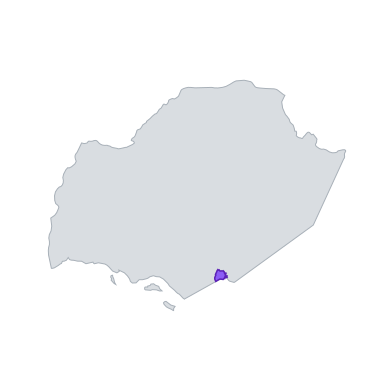 Mwanga, Kilimanjaro, United Republic of Tanzania shown in context, rotated 115°
{"feature_id": "72390352B15719315121224", "entity_name": "Mwanga", "entity_type": "district", "adm_level": 2, "iso_a3": "TZA", "parent_name": "United Republic of Tanzania", "parent_adm1": "Kilimanjaro", "projection": "albers", "projection_center": [37.536, -3.684], "detail": "fine", "context": "in_parent", "style": "filled", "palette": "violet", "viewbox_px": 384, "rotation_deg": 115, "n_neighbors": 0, "source": "geoboundaries", "source_scale": "gbopen_adm2", "svg_char_len": 5740}
<svg xmlns="http://www.w3.org/2000/svg" viewBox="0 0 384 384"><g transform="rotate(115 192 192)"><path d="M147.1,263.0L143.3,261.1L139.9,259.9L137.1,258.6L135.9,257.3L133.2,256.8L131.0,256.6L128.9,255.4L124.6,255.0L124.1,254.2L124.0,252.4L123.2,251.9L121.7,251.5L120.0,251.5L119.0,251.8L118.3,251.7L116.9,250.6L115.6,249.3L115.1,247.2L113.1,245.8L110.9,244.7L104.5,244.9L103.5,244.6L102.0,243.5L100.3,241.7L98.8,239.7L97.6,236.9L96.3,233.2L88.9,218.4L88.1,215.5L86.7,212.4L84.3,208.6L81.9,205.8L78.5,203.2L74.7,200.7L72.7,199.0L68.7,192.0L67.9,188.7L67.2,185.3L67.5,183.9L69.9,179.5L70.1,178.2L69.8,176.6L68.6,173.1L67.0,168.8L63.8,161.1L63.4,159.2L63.4,157.7L65.2,149.8L65.1,148.7L72.4,148.8L77.7,145.3L82.3,140.1L83.2,138.0L85.0,134.7L86.9,133.0L87.6,131.9L88.6,128.6L91.0,126.3L93.4,124.6L92.9,123.4L93.2,122.9L94.5,122.0L97.0,121.2L97.5,119.5L97.5,117.5L97.1,116.4L97.1,115.2L96.7,114.5L95.1,114.3L92.6,113.4L90.6,113.0L89.2,112.4L88.7,112.0L88.4,110.8L89.6,107.8L88.4,106.6L90.9,101.6L91.4,101.0L92.3,100.9L93.8,100.3L95.1,100.1L96.2,100.3L97.0,100.0L97.7,99.5L98.3,97.8L98.8,94.9L98.5,92.6L97.5,90.9L97.1,88.2L97.6,84.5L97.2,81.5L96.0,79.1L94.8,77.6L93.0,77.0L90.1,73.3L89.2,71.5L89.4,70.4L90.3,69.9L92.2,70.1L93.9,69.6L95.5,68.6L97.1,68.3L97.9,68.5L170.7,68.1L255.8,115.3L256.2,115.9L256.9,120.0L256.7,121.3L255.4,123.7L255.0,124.9L255.0,125.8L255.3,126.1L256.4,126.2L257.4,126.8L257.7,127.2L258.5,129.0L259.4,129.9L291.6,153.2L292.3,153.6L291.9,155.5L290.0,160.2L289.9,162.2L289.2,164.5L288.5,166.1L286.7,172.7L285.1,175.2L283.0,181.0L282.6,185.5L283.8,188.6L284.2,191.6L286.7,194.4L288.7,195.5L290.0,196.8L292.4,199.8L293.8,202.8L298.0,204.3L299.7,207.6L299.1,210.0L297.1,211.9L295.3,215.0L293.8,219.1L293.7,225.3L294.7,224.4L297.0,225.9L297.2,230.5L294.9,235.9L294.2,238.4L294.1,240.5L295.7,246.9L298.3,250.2L298.1,251.2L297.4,252.1L301.8,257.8L301.4,262.8L303.1,266.7L303.8,270.1L304.8,272.7L305.0,274.5L303.7,276.5L306.9,277.0L308.7,278.6L309.6,280.2L311.9,280.1L313.2,281.2L315.0,282.1L318.9,284.7L320.0,286.0L320.6,287.2L309.7,295.4L305.7,297.5L302.9,298.5L299.9,299.0L297.1,300.3L294.3,302.3L290.9,303.3L286.7,303.3L282.2,304.7L275.3,309.0L271.2,306.6L268.0,305.9L264.4,306.0L262.2,306.2L261.4,306.8L260.7,308.2L260.1,310.6L257.7,312.8L253.5,315.0L249.6,315.8L246.0,315.3L243.6,314.4L242.4,313.1L240.5,312.5L238.1,312.6L235.8,313.5L233.5,315.2L230.0,315.9L225.1,315.7L222.5,314.9L222.1,313.5L220.0,311.8L216.0,310.0L213.1,309.9L211.3,311.7L209.6,312.9L208.1,313.4L206.7,313.4L204.7,312.9L199.3,312.8L194.2,312.8L193.7,310.2L192.6,308.6L191.7,307.7L189.9,307.4L189.4,306.7L188.8,305.0L187.9,303.6L186.8,302.5L186.1,301.4L185.8,300.4L186.0,299.3L187.1,296.6L187.4,294.8L187.3,292.9L186.7,290.9L185.5,288.6L185.6,288.0L185.2,286.4L185.1,285.3L185.4,283.9L185.1,282.1L184.1,278.2L184.1,277.2L183.0,275.4L179.5,270.9L179.4,270.4L174.0,265.9L171.9,264.9L171.1,265.8L170.8,266.6L171.0,268.0L170.9,268.7L170.7,269.0L169.4,269.0L168.6,268.8L166.6,267.6L165.0,267.3L161.1,267.6L159.7,267.9L158.7,267.6L156.6,265.5L154.1,265.1L152.0,265.0L148.3,262.7L147.1,263.0ZM298.6,188.0L300.4,192.9L300.1,193.8L298.9,194.4L298.2,194.4L297.5,193.6L296.9,192.0L296.0,192.4L294.4,190.4L292.8,190.3L291.4,187.9L291.9,185.8L291.6,182.3L293.3,180.5L294.3,177.4L295.4,179.5L295.7,182.8L297.2,186.6L298.6,188.0ZM307.2,158.6L307.3,159.7L307.0,160.8L307.1,164.3L306.9,166.7L305.6,169.9L304.5,171.0L303.5,170.7L302.7,170.2L302.1,169.3L303.4,163.4L302.8,159.0L305.3,159.4L307.2,158.6ZM303.5,229.7L302.2,230.0L301.7,229.7L301.0,228.8L302.3,228.0L303.6,226.4L306.6,224.0L308.0,222.1L307.8,224.0L306.1,228.0L304.6,228.2L303.5,229.7Z" fill="#d9dde1" stroke="#a8b0b8" stroke-width="1"/><path d="M251.7,127.8L251.6,128.0L251.4,128.2L251.4,128.3L251.3,128.5L251.2,128.6L251.0,128.8L250.9,128.9L250.8,129.0L250.7,129.2L250.7,129.3L250.6,129.5L250.6,129.4L250.5,129.5L250.5,129.8L250.4,130.0L250.5,130.0L250.4,130.2L250.4,130.3L250.4,130.5L250.5,130.6L250.6,130.8L250.6,131.0L250.8,131.3L250.9,131.5L251.2,132.3L251.4,132.5L251.5,132.7L251.6,132.8L251.7,133.1L251.8,133.3L251.7,133.5L251.5,133.8L251.5,134.0L251.4,134.2L251.3,134.3L251.5,134.4L251.4,134.4L251.4,134.5L251.5,134.5L251.4,134.5L251.4,134.8L251.5,134.7L251.6,134.8L251.7,135.0L251.7,135.3L251.7,135.5L251.5,135.8L251.8,135.9L252.3,135.9L252.5,135.9L252.7,136.0L252.9,136.0L253.0,136.0L253.1,135.9L253.5,135.9L253.8,135.9L254.5,135.9L255.0,135.9L255.3,135.9L255.5,135.9L255.8,135.9L256.3,135.9L256.5,135.9L256.8,135.9L257.0,135.6L257.2,135.3L257.7,135.3L258.2,135.3L258.3,135.3L258.5,135.3L258.8,135.3L259.1,135.2L259.5,135.2L259.9,135.2L260.6,134.9L261.2,134.6L261.7,134.2L261.8,134.1L263.0,132.6L262.2,132.1L261.6,131.7L259.1,129.9L258.8,129.0L258.7,128.9L258.3,127.4L258.2,127.3L258.2,127.2L258.1,126.8L257.8,126.7L257.7,126.6L257.4,126.5L257.2,126.5L257.0,126.4L256.9,126.4L256.9,126.2L256.7,126.1L256.5,125.9L256.4,125.9L256.4,126.0L256.4,125.9L256.1,126.0L255.9,126.1L255.7,126.2L255.6,126.3L255.4,126.3L255.2,126.4L254.9,126.3L254.9,126.2L255.0,126.1L255.0,125.9L255.1,125.7L255.3,125.6L255.4,125.4L255.4,125.2L255.2,124.9L254.9,124.9L254.7,124.8L254.5,124.4L254.5,124.2L254.4,124.2L253.9,124.5L253.6,124.7L253.6,124.8L253.7,124.7L253.7,124.8L253.8,124.8L253.7,124.9L253.8,125.0L253.7,125.0L253.8,125.1L253.7,125.1L253.7,125.3L253.5,125.5L253.4,125.6L253.3,125.8L253.3,126.0L253.2,126.2L253.3,126.2L253.2,126.3L253.1,126.5L252.9,126.7L252.7,126.7L252.7,126.8L252.7,126.7L252.6,126.8L252.4,126.9L252.5,127.0L252.4,127.0L252.4,126.9L252.3,127.0L252.3,126.9L252.2,127.0L252.3,127.0L252.2,127.0L251.9,127.2L251.9,127.3L251.8,127.2L251.8,127.3L251.7,127.3L251.8,127.4L251.7,127.5L251.7,127.8L251.7,127.7L251.7,127.8L251.7,127.7L251.7,127.8Z" fill="#8b5cf6" stroke="#5b21b6" stroke-width="1.5"/></g></svg>